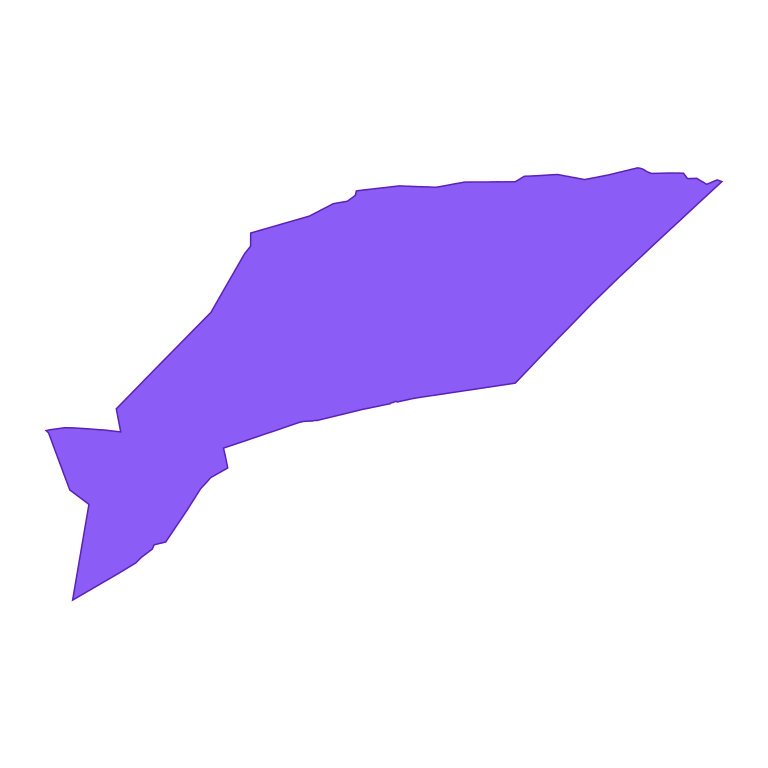 Raarvihke sma 1, Nord-Trøndelag, Norway
{"feature_id": "86288312B41208068814146", "entity_name": "Raarvihke sma 1", "entity_type": "district", "adm_level": 2, "iso_a3": "NOR", "parent_name": "Norway", "parent_adm1": "Nord-Trøndelag", "projection": "natural_earth1", "projection_center": [13.659, 64.821], "detail": "fine", "context": "isolated", "style": "filled", "palette": "violet", "viewbox_px": 768, "rotation_deg": 0, "n_neighbors": 0, "source": "geoboundaries", "source_scale": "gbopen_adm2", "svg_char_len": 4479}
<svg xmlns="http://www.w3.org/2000/svg" viewBox="0 0 768 768"><path d="M515.3,383.1L516.6,381.7L518.0,380.3L539.6,357.6L555.4,341.2L559.3,337.1L565.9,330.5L575.8,320.3L581.9,314.0L591.9,303.7L600.5,295.3L607.6,288.4L608.1,287.9L608.6,287.4L619.5,276.8L644.1,253.8L655.0,243.5L658.8,240.0L664.6,234.6L670.3,229.3L677.3,222.9L699.0,202.7L721.9,181.6L717.2,179.9L706.7,184.3L704.5,183.0L703.1,182.1L702.7,181.9L700.9,180.9L700.0,180.3L697.5,178.8L697.0,178.4L696.8,178.3L692.1,178.5L690.4,178.5L689.5,178.5L688.2,178.7L687.8,178.5L687.2,178.3L686.2,176.9L685.4,175.7L685.1,175.5L684.4,174.4L684.3,174.2L683.7,173.5L683.5,173.2L682.5,173.2L679.9,173.1L677.3,173.1L677.0,173.1L674.6,173.1L672.2,173.0L670.6,173.1L669.5,173.0L666.6,173.1L665.8,173.1L665.5,173.1L662.4,173.2L657.9,173.3L653.6,173.4L651.5,173.4L650.0,172.9L648.5,172.3L647.4,171.9L646.3,171.2L645.1,170.4L643.0,169.2L641.7,168.7L640.3,168.3L638.7,168.0L637.2,167.9L636.3,168.1L634.7,168.6L632.7,169.0L630.3,169.6L628.9,170.0L627.3,170.4L625.7,170.7L623.7,171.2L621.9,171.7L620.0,172.1L617.5,172.7L615.6,173.2L612.8,173.9L610.1,174.5L609.0,174.8L608.0,175.1L605.9,175.4L603.9,175.8L602.6,176.1L600.3,176.5L597.9,177.0L595.9,177.4L593.5,177.9L591.0,178.3L589.2,178.7L586.9,179.1L584.5,179.6L581.9,179.0L578.8,178.5L575.6,177.8L571.8,177.2L568.6,176.5L565.2,176.0L562.4,175.4L559.6,174.9L557.4,174.5L553.3,174.7L549.9,174.9L545.8,175.2L542.6,175.4L539.1,175.6L535.3,175.8L529.3,176.1L525.3,176.2L524.2,176.3L521.9,177.7L519.5,179.2L517.0,180.7L515.2,181.8L510.4,181.8L506.4,181.8L502.6,181.9L499.8,181.8L491.6,181.9L487.9,182.0L484.1,182.0L480.6,182.0L478.3,182.0L475.3,182.0L471.4,182.0L465.1,182.1L464.0,182.1L462.0,182.6L459.3,183.1L456.8,183.5L453.7,184.0L451.3,184.5L448.7,185.0L446.0,185.5L442.7,186.1L439.5,186.7L437.3,187.0L435.9,187.3L433.5,187.2L431.1,187.1L428.0,186.9L425.1,186.9L421.7,186.7L418.6,186.7L415.0,186.5L411.4,186.4L408.8,186.2L405.4,186.2L403.1,186.0L398.7,185.9L397.7,186.1L391.3,186.8L386.5,187.4L379.2,188.2L373.9,188.8L373.2,188.9L368.6,189.4L361.8,190.2L356.4,190.9L355.3,195.4L347.4,201.2L333.3,203.7L309.3,216.1L250.7,233.0L250.6,246.2L244.9,253.3L243.0,256.5L225.8,286.4L211.0,312.3L190.7,332.9L174.3,349.6L166.1,357.9L166.0,358.0L159.9,364.2L146.6,377.8L125.6,399.3L116.3,408.8L120.7,431.9L104.2,430.0L99.0,429.7L89.2,428.9L73.9,427.9L64.9,427.7L49.7,429.8L46.1,430.6L48.5,432.8L50.9,439.1L52.1,442.5L53.1,445.1L53.3,445.7L53.4,446.0L53.7,446.6L53.8,447.0L54.0,447.4L54.4,448.7L54.5,449.0L54.9,450.0L55.5,451.7L55.8,452.3L56.0,453.0L56.2,453.4L56.4,454.0L56.6,454.4L56.7,454.7L56.8,455.0L57.0,455.6L57.2,456.2L57.4,456.7L57.8,457.7L58.0,458.4L58.2,458.8L58.4,459.4L58.6,459.9L58.9,460.8L59.3,461.8L59.5,462.4L59.6,462.6L59.7,463.1L60.1,463.9L60.3,464.5L60.5,465.0L60.6,465.4L60.8,465.7L61.0,466.3L61.1,466.7L61.3,467.0L61.4,467.4L61.6,467.9L61.6,468.0L62.0,469.0L62.6,470.6L63.1,472.2L63.3,472.6L64.7,476.4L64.8,476.7L64.9,476.8L65.0,477.2L65.2,477.8L66.6,481.3L69.8,490.0L87.8,503.5L88.1,503.7L88.4,503.9L88.4,504.0L88.9,504.4L88.9,504.6L88.8,505.1L72.6,600.1L119.0,573.1L135.8,562.9L141.3,557.4L149.1,551.5L152.2,549.2L154.1,544.8L165.7,542.0L173.9,529.8L175.0,528.1L184.1,514.6L186.8,510.6L200.7,488.6L207.5,481.3L209.2,479.3L210.7,477.6L216.6,474.3L227.7,468.0L227.7,467.9L225.1,454.9L223.5,448.1L236.4,443.8L260.8,435.5L261.5,435.2L274.3,431.0L285.5,427.1L292.8,424.6L296.7,423.3L300.0,422.2L300.3,422.1L300.5,422.1L300.8,422.1L301.0,422.0L301.4,422.0L301.6,422.0L301.8,421.9L302.0,421.8L302.1,421.7L302.3,421.6L302.5,421.6L302.8,421.5L307.0,421.2L312.1,421.0L312.2,420.9L312.4,421.0L312.5,421.0L312.7,420.9L312.8,420.9L313.0,420.8L313.3,420.8L313.5,420.7L313.8,420.7L314.0,420.6L314.4,420.5L314.6,420.5L314.7,420.4L314.8,420.4L315.0,420.4L315.3,420.4L315.5,420.4L315.8,420.4L316.0,420.5L316.3,420.6L316.5,420.6L362.9,409.3L363.0,409.3L365.9,408.7L366.1,408.7L371.9,407.5L374.3,407.0L375.2,406.8L376.8,406.5L381.9,405.4L385.3,404.7L389.0,404.0L390.0,403.8L390.2,403.7L390.3,403.6L390.4,403.4L390.6,403.1L390.8,403.0L391.2,402.9L391.5,402.9L391.8,402.7L392.1,402.6L392.3,402.6L392.6,402.5L392.8,402.5L393.0,402.5L393.1,402.4L393.3,402.4L393.5,402.3L393.8,402.2L394.0,402.2L394.3,402.0L394.3,401.9L394.5,401.8L394.7,401.7L394.8,401.7L395.0,401.5L395.1,401.4L395.3,401.4L395.7,401.4L396.2,401.4L396.5,401.6L396.8,401.8L397.0,401.9L397.3,402.0L397.5,401.9L402.6,400.8L407.7,399.7L414.6,398.2L423.1,396.9L453.4,392.4L515.3,383.1Z" fill="#8b5cf6" stroke="#5b21b6" stroke-width="1.5"/></svg>